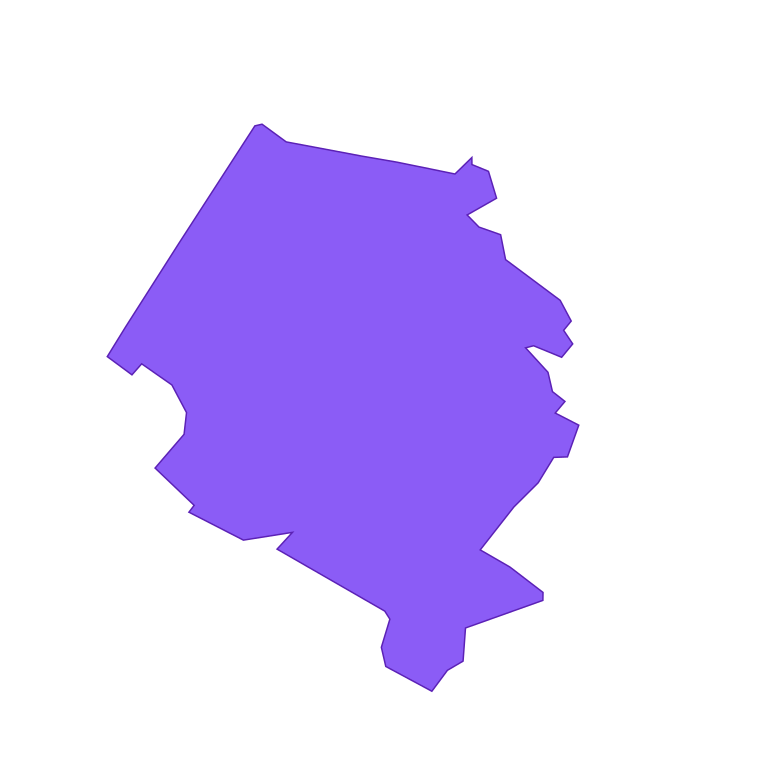 the district of Campbell, Tennessee, United States of America, rotated 302°
{"feature_id": "52423323B63395465279305", "entity_name": "Campbell", "entity_type": "district", "adm_level": 2, "iso_a3": "USA", "parent_name": "United States of America", "parent_adm1": "Tennessee", "projection": "robinson", "projection_center": [-84.138, 36.385], "detail": "fine", "context": "isolated", "style": "filled", "palette": "violet", "viewbox_px": 768, "rotation_deg": 302, "n_neighbors": 0, "source": "geoboundaries", "source_scale": "gbopen_adm2", "svg_char_len": 879}
<svg xmlns="http://www.w3.org/2000/svg" viewBox="0 0 768 768"><g transform="rotate(302 384 384)"><path d="M294.8,134.6L294.7,134.6L260.6,134.8L258.2,165.4L272.7,167.8L270.8,204.6L255.1,231.7L235.4,241.1L191.4,234.4L180.5,287.3L171.9,286.5L177.1,347.5L209.7,385.0L187.3,380.8L191.8,505.0L187.7,513.6L159.3,521.3L145.4,535.2L148.8,587.4L174.8,589.5L190.9,597.9L220.3,582.4L284.7,633.4L291.5,629.3L295.5,587.8L294.3,553.5L348.5,559.3L381.9,567.1L411.7,566.8L419.4,578.2L452.3,571.0L450.1,544.6L465.1,546.7L466.8,530.9L480.8,516.9L489.7,484.9L495.7,490.6L500.8,520.5L518.0,522.8L524.7,507.9L536.6,509.4L548.3,489.1L553.9,421.2L572.4,403.8L567.4,381.4L571.4,364.9L601.2,381.0L619.7,359.9L616.7,342.3L622.6,338.5L599.7,332.9L579.1,277.7L565.3,243.9L537.5,172.8L539.7,142.9L534.5,137.7L534.3,137.7L394.6,135.5L294.8,134.6Z" fill="#8b5cf6" stroke="#5b21b6" stroke-width="1.5"/></g></svg>